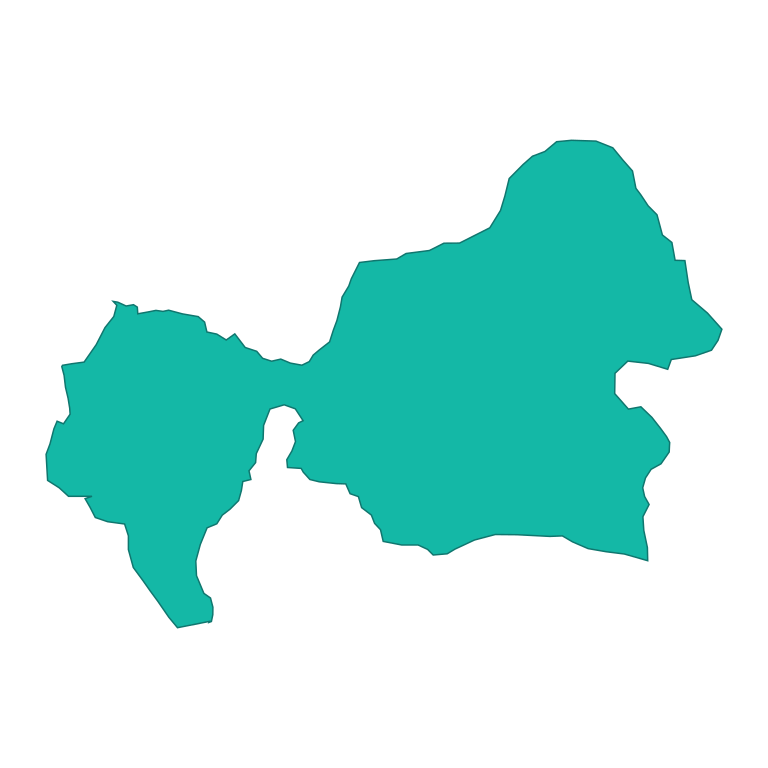 Avdellero, Larnaca, Cyprus
{"feature_id": "46923920B64317090827038", "entity_name": "Avdellero", "entity_type": "district", "adm_level": 2, "iso_a3": "CYP", "parent_name": "Cyprus", "parent_adm1": "Larnaca", "projection": "orthographic", "projection_center": [33.555, 35.006], "detail": "fine", "context": "isolated", "style": "filled", "palette": "teal", "viewbox_px": 768, "rotation_deg": 0, "n_neighbors": 0, "source": "geoboundaries", "source_scale": "gbopen_adm2", "svg_char_len": 2426}
<svg xmlns="http://www.w3.org/2000/svg" viewBox="0 0 768 768"><path d="M209.0,622.4L211.4,621.5L212.8,614.7L212.9,607.2L210.5,598.0L203.9,593.4L196.5,575.7L195.8,561.0L200.3,544.5L207.1,527.8L216.8,523.8L222.3,515.1L230.1,509.1L238.6,500.6L241.4,490.5L242.8,481.5L250.9,479.5L249.0,470.8L255.6,462.6L256.3,453.6L263.1,439.1L263.6,425.4L270.0,409.0L284.2,404.8L295.3,408.8L303.1,420.7L298.6,422.9L293.2,430.3L295.5,441.6L291.9,451.0L286.8,459.7L287.5,467.5L301.2,468.4L303.3,472.2L309.9,479.5L319.2,481.8L336.4,483.6L345.8,483.9L350.1,493.7L358.4,496.6L361.6,507.6L371.4,515.1L374.6,523.4L380.5,529.7L383.2,541.4L401.8,545.0L418.1,545.0L427.6,549.4L433.2,555.0L447.2,553.8L455.0,549.1L474.5,540.0L495.3,534.5L516.9,534.7L549.8,536.4L562.4,535.9L572.6,541.9L588.1,548.6L606.0,551.7L624.3,554.0L647.7,560.7L647.4,547.6L643.8,530.4L642.9,516.7L649.1,504.5L644.6,496.5L642.7,487.8L645.5,477.9L651.1,469.3L661.0,463.8L669.2,452.0L669.4,447.7L669.5,445.5L669.7,442.5L666.6,436.7L661.0,429.0L652.0,417.5L640.9,406.8L628.4,409.1L614.7,393.6L615.0,373.3L627.8,361.1L648.4,363.4L667.7,369.3L671.3,359.5L695.4,355.8L711.5,350.2L718.0,340.4L721.9,329.2L707.5,313.1L691.8,299.7L688.2,282.6L684.9,260.6L675.1,260.3L671.9,242.5L662.4,235.0L657.0,214.8L648.1,205.8L640.8,194.8L635.9,188.3L632.5,171.0L622.9,160.1L612.8,147.8L596.0,141.1L571.5,140.3L564.3,141.0L556.6,141.7L544.9,151.5L532.5,156.2L523.1,164.5L509.2,178.5L504.9,196.0L500.5,210.5L489.8,227.8L459.5,243.1L443.9,243.2L429.4,250.5L406.1,253.5L396.7,259.0L374.2,260.7L359.5,262.5L351.3,278.8L348.8,286.0L342.1,297.1L340.4,307.0L336.9,320.6L333.3,330.3L329.6,341.9L319.1,350.1L313.2,355.1L309.3,361.6L301.9,365.2L290.4,363.1L280.8,359.1L271.6,361.2L262.6,358.3L256.7,351.3L245.2,347.5L234.8,333.9L226.2,340.0L216.8,334.1L206.9,332.0L204.6,322.1L198.2,316.6L182.5,313.9L168.6,310.2L163.0,311.4L155.9,310.4L148.9,311.8L137.8,313.8L137.3,307.1L133.5,304.7L126.1,306.0L121.8,304.0L117.8,302.2L113.2,301.4L116.8,305.3L113.8,316.5L105.0,327.6L96.2,344.7L84.1,362.1L72.0,363.7L62.5,365.3L61.8,366.6L64.1,375.4L65.5,387.3L68.1,398.3L69.7,408.2L70.1,414.2L63.5,423.8L57.1,421.2L53.9,428.9L50.0,443.9L46.1,454.3L47.6,480.4L59.2,487.8L68.5,496.3L92.0,496.3L85.1,498.7L90.0,507.2L95.3,517.5L107.6,521.7L124.6,524.0L128.4,535.8L128.4,549.6L133.3,567.5L142.8,580.4L150.2,590.9L157.7,601.1L168.8,617.2L177.5,627.7L209.4,621.4L209.0,622.4Z" fill="#14b8a6" stroke="#0f766e" stroke-width="1.5"/></svg>